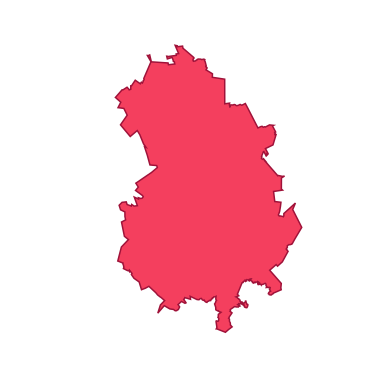 the district of El Fuerte, Sinaloa, Mexico, rotated 139°
{"feature_id": "50627088B83457177137003", "entity_name": "El Fuerte", "entity_type": "district", "adm_level": 2, "iso_a3": "MEX", "parent_name": "Mexico", "parent_adm1": "Sinaloa", "projection": "robinson", "projection_center": [-108.711, 26.237], "detail": "fine", "context": "isolated", "style": "filled", "palette": "rose", "viewbox_px": 384, "rotation_deg": 139, "n_neighbors": 0, "source": "geoboundaries", "source_scale": "gbopen_adm2", "svg_char_len": 5847}
<svg xmlns="http://www.w3.org/2000/svg" viewBox="0 0 384 384"><g transform="rotate(139 192 192)"><path d="M161.5,313.6L168.1,311.8L168.6,312.3L170.8,309.7L172.4,310.3L172.2,311.5L172.3,313.7L177.2,314.4L177.7,315.0L187.8,313.6L186.8,306.5L192.5,304.2L188.6,299.8L190.5,292.5L201.9,289.6L202.2,274.4L193.0,274.3L193.8,269.5L197.0,260.1L197.4,255.8L198.2,257.2L201.6,249.1L206.0,240.0L201.3,235.1L202.1,233.2L209.7,233.3L228.6,235.5L229.3,230.9L233.6,230.2L231.7,221.8L231.9,220.4L233.5,220.0L234.9,220.7L236.2,222.9L237.0,221.8L238.9,226.0L242.2,217.5L244.9,219.3L245.7,222.2L247.0,221.2L249.2,225.1L248.1,227.7L251.6,230.1L255.7,229.8L257.6,225.4L255.7,221.0L258.7,217.5L260.4,214.5L264.9,215.6L272.1,202.9L271.2,197.8L281.4,196.8L293.3,188.6L290.7,183.6L291.1,183.4L291.4,182.9L291.7,181.9L292.8,179.9L294.0,179.2L292.2,174.9L291.6,174.7L291.4,174.2L291.4,173.0L290.5,173.8L290.7,169.9L291.9,169.5L292.4,164.9L290.9,158.8L294.2,151.4L290.4,150.0L286.4,149.1L285.4,139.7L285.5,136.9L284.8,133.3L284.6,133.1L283.9,128.0L289.9,127.5L297.3,123.0L287.5,124.4L285.4,118.2L283.0,115.5L282.6,113.4L281.4,112.5L280.0,112.5L279.5,112.2L276.7,113.4L276.4,116.2L271.7,116.3L270.9,114.1L270.3,112.6L269.2,112.3L269.0,113.3L268.8,116.3L268.2,116.3L267.9,116.6L267.2,116.6L266.7,117.0L263.5,112.0L261.8,114.5L258.7,107.3L258.1,107.1L257.6,106.2L257.4,106.1L256.8,106.0L255.9,106.2L254.8,105.6L254.7,105.4L255.0,104.0L254.6,102.9L253.7,102.5L253.7,102.2L254.0,102.1L253.9,100.2L253.2,98.9L252.1,99.1L250.4,98.6L250.0,98.8L249.2,97.8L247.5,98.5L247.1,98.4L246.6,98.1L246.0,98.7L245.4,98.3L244.5,98.6L243.5,97.9L242.3,97.5L244.3,95.6L244.6,94.3L244.8,94.4L246.9,93.1L248.4,92.7L249.7,89.5L251.3,87.5L250.7,85.6L250.1,85.2L250.3,84.9L249.9,84.1L250.0,84.0L249.0,82.2L252.4,82.4L254.0,80.7L254.7,80.4L254.7,79.2L254.9,78.8L256.5,77.4L257.2,77.3L257.8,78.1L257.8,78.4L258.3,78.8L258.9,78.4L262.1,73.4L263.5,72.8L263.0,72.3L258.8,64.2L254.6,64.2L250.2,63.9L250.3,66.4L250.1,66.4L249.9,66.9L249.0,68.0L248.5,69.9L247.2,71.4L247.1,71.9L247.2,72.7L246.3,72.9L246.1,73.2L241.1,74.5L241.5,77.0L241.1,76.9L240.2,78.2L235.1,77.6L233.8,76.0L232.4,74.8L231.7,75.2L231.1,74.7L230.6,74.5L230.6,75.6L231.2,76.0L231.4,77.0L230.8,76.8L230.6,76.9L230.6,76.7L229.9,76.5L229.7,76.8L229.1,76.0L228.7,76.0L228.4,75.5L227.9,76.0L227.1,74.7L227.4,74.3L227.8,74.1L227.6,73.4L227.1,73.7L227.2,74.1L226.8,74.6L226.1,73.9L226.5,73.8L226.9,73.3L226.8,72.9L227.2,72.7L227.0,72.2L227.3,71.6L227.5,71.7L227.6,71.4L227.6,71.0L227.8,70.7L227.3,69.6L227.0,69.1L226.4,68.7L225.1,69.2L224.0,70.0L223.7,70.4L223.7,70.7L224.2,71.3L224.0,71.7L224.0,72.0L223.7,72.7L223.6,73.2L223.0,74.1L222.9,74.4L223.1,74.5L223.3,74.0L223.7,73.9L224.6,74.2L225.5,74.1L226.2,74.4L226.6,74.8L226.7,75.4L226.4,75.5L226.4,76.3L226.8,76.6L227.3,76.5L227.6,77.7L226.7,78.8L227.0,80.5L226.7,80.8L227.3,82.0L227.1,82.4L227.1,82.9L227.6,84.0L224.8,83.0L224.8,85.1L213.9,90.6L212.9,90.2L212.6,90.3L212.7,90.6L210.9,90.6L210.4,90.1L210.3,89.5L210.1,89.6L209.6,89.6L209.3,89.2L209.1,89.5L209.7,90.2L209.6,90.5L208.7,89.6L208.3,89.9L208.0,89.9L207.8,89.4L207.1,88.5L206.5,88.6L206.4,88.5L206.5,88.3L207.0,88.2L207.3,87.9L207.1,87.2L206.9,87.2L206.9,87.6L206.1,87.5L205.4,87.9L205.1,88.2L204.5,87.7L205.1,87.6L205.5,86.4L205.6,85.9L205.3,85.2L205.2,84.8L205.7,84.1L205.3,83.6L205.5,83.0L204.3,82.6L204.0,82.9L203.4,82.5L203.6,82.1L202.7,81.9L201.9,81.3L201.8,80.7L201.2,81.3L200.9,80.6L202.4,80.0L202.7,79.5L202.8,78.7L201.8,78.1L201.7,78.6L201.9,79.6L201.3,79.8L200.7,79.4L200.6,78.9L201.0,78.2L200.8,76.6L200.6,76.9L199.2,75.8L198.2,75.5L196.7,75.1L196.5,74.7L196.8,73.6L197.5,72.9L197.6,71.8L198.6,71.2L197.5,70.5L197.2,69.8L196.9,69.5L196.3,69.5L195.7,68.6L196.5,68.0L197.5,67.5L197.4,67.0L197.7,66.7L197.7,65.6L198.8,65.8L199.7,65.8L200.9,65.4L201.1,65.1L200.8,64.7L201.1,63.9L200.5,63.0L199.9,62.4L199.4,62.2L198.6,62.3L197.3,62.0L197.0,62.3L188.8,59.7L187.8,61.4L184.6,64.4L184.7,82.0L176.1,82.0L176.1,79.9L169.7,80.0L158.4,84.2L158.4,86.3L158.2,86.2L158.0,86.5L158.2,87.1L157.9,87.4L156.3,87.7L155.4,88.9L153.3,88.7L153.1,88.4L152.8,88.0L151.0,87.2L150.6,87.4L150.3,87.2L145.4,89.0L132.4,93.3L127.5,112.7L121.2,115.8L136.8,115.5L138.4,113.7L139.3,113.4L139.7,114.2L141.1,116.0L141.9,116.7L141.9,118.0L138.8,119.7L134.9,122.9L131.6,125.9L135.8,130.5L130.1,138.9L122.4,134.0L122.6,135.6L115.3,143.9L111.7,143.3L113.5,144.5L116.3,148.2L116.6,148.1L116.6,167.0L116.3,166.7L116.2,170.2L117.1,170.1L117.6,171.6L116.2,172.6L116.2,173.2L111.6,175.6L111.2,175.4L112.4,170.5L112.2,170.5L111.8,171.0L111.0,171.6L111.1,170.6L109.9,170.7L109.4,171.0L108.1,176.6L100.0,174.4L91.0,180.1L91.8,180.5L91.6,181.2L91.0,181.0L90.5,182.7L89.5,182.4L87.9,189.1L86.7,188.8L89.5,191.8L94.0,192.9L94.5,193.7L95.7,194.1L96.0,195.6L97.1,196.2L100.2,197.1L95.0,218.2L93.7,223.8L97.5,224.8L97.6,225.0L98.2,226.5L100.7,227.2L101.1,227.6L101.6,227.8L102.1,228.7L102.1,229.4L102.8,230.4L103.9,230.7L105.6,232.3L105.9,232.3L107.2,231.3L107.6,231.4L106.4,233.6L105.3,234.4L109.4,237.1L93.3,255.7L101.4,265.2L99.0,267.8L101.3,275.0L99.2,275.7L99.2,275.9L99.5,275.9L99.2,277.9L98.8,278.1L98.5,277.9L96.6,281.6L96.4,283.0L95.5,283.3L95.5,283.7L95.9,284.5L97.8,285.6L98.0,285.9L98.2,286.5L100.1,288.3L101.0,288.6L101.4,288.4L102.1,288.7L103.2,288.6L104.5,289.3L104.6,289.7L105.1,289.8L105.1,290.2L104.5,291.2L102.9,291.7L103.0,292.1L102.4,292.3L104.5,306.4L103.4,308.3L107.7,311.2L107.2,312.1L108.5,313.8L111.3,305.2L113.4,306.6L114.2,305.4L121.1,309.9L121.6,310.7L122.0,311.1L123.3,308.6L119.0,306.7L118.8,306.2L119.8,303.8L120.4,302.8L120.0,302.2L119.9,301.7L120.5,300.9L121.0,299.9L126.3,303.5L125.4,305.1L137.3,316.9L134.0,323.2L134.8,323.4L135.0,323.3L136.1,324.3L137.5,317.2L153.9,309.3L154.3,308.3L156.0,307.9L156.3,307.5L157.9,306.8L158.2,308.1L159.9,307.7L160.0,308.0L160.1,307.9L161.5,313.6Z" fill="#f43f5e" stroke="#9f1239" stroke-width="1.5"/></g></svg>